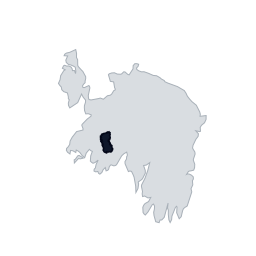 Claremorris Lea-6, Mayo, Ireland shown in context, rotated 304°
{"feature_id": "5873133B40533987579120", "entity_name": "Claremorris Lea-6", "entity_type": "district", "adm_level": 2, "iso_a3": "IRL", "parent_name": "Ireland", "parent_adm1": "Mayo", "projection": "mercator", "projection_center": [-9.004, 53.656], "detail": "fine", "context": "in_parent", "style": "filled", "palette": "ink", "viewbox_px": 256, "rotation_deg": 304, "n_neighbors": 0, "source": "geoboundaries", "source_scale": "gbopen_adm2", "svg_char_len": 6976}
<svg xmlns="http://www.w3.org/2000/svg" viewBox="0 0 256 256"><g transform="rotate(304 128 128)"><path d="M156.4,48.1L151.8,51.3L151.1,52.5L149.9,57.4L149.7,58.8L146.9,64.2L145.3,65.3L142.9,66.2L141.5,67.1L139.8,66.7L137.6,66.7L136.5,67.7L136.6,68.4L137.2,69.3L141.3,71.8L141.0,72.8L139.9,74.0L132.7,76.9L130.6,78.6L129.8,79.8L130.6,81.7L136.3,87.5L137.3,88.2L138.1,91.5L143.2,92.9L145.3,95.0L147.0,95.5L150.9,95.3L152.5,96.1L153.3,95.5L153.9,94.4L158.2,90.3L156.8,87.3L161.2,82.0L162.4,82.1L164.5,83.7L166.2,85.9L166.7,88.9L168.3,91.6L169.3,92.5L172.1,93.0L172.8,94.1L172.3,97.9L172.7,99.2L179.8,99.1L182.6,97.4L185.1,97.7L186.3,99.4L186.8,101.2L184.7,101.9L182.5,101.5L181.4,102.7L181.4,104.9L182.1,107.8L183.6,109.8L184.8,114.4L185.7,119.5L187.3,122.5L187.6,126.3L187.3,128.2L187.6,131.5L187.0,132.7L187.5,135.8L190.0,145.9L190.5,153.7L189.3,156.6L187.6,159.4L186.5,162.7L185.6,166.2L185.1,171.9L181.4,178.5L179.9,180.2L178.0,181.2L182.0,185.8L178.8,187.9L175.2,188.5L171.3,187.4L168.9,187.5L165.8,189.9L165.1,189.5L163.6,185.7L162.6,189.6L160.3,190.8L156.5,190.6L150.0,191.6L147.5,192.7L146.5,194.5L145.7,196.5L144.7,197.6L143.6,198.3L138.6,199.7L137.7,200.3L135.3,203.6L132.3,205.4L129.8,206.0L127.6,204.1L126.7,203.0L125.7,202.4L122.3,202.5L123.3,203.1L124.0,204.4L124.4,206.9L124.0,209.4L122.3,210.7L120.3,210.9L117.1,213.5L112.9,214.2L110.7,216.6L96.8,220.6L96.0,220.6L94.1,219.6L92.1,219.1L90.0,219.5L84.2,221.7L81.4,221.2L85.0,215.7L89.8,212.9L90.3,212.1L88.7,211.7L79.5,213.7L76.4,215.4L73.2,215.8L74.7,213.3L78.8,209.8L82.3,207.5L83.8,205.5L88.2,203.2L74.2,208.0L70.6,207.4L69.7,206.0L66.9,206.7L65.8,203.4L70.0,198.5L72.5,196.4L75.4,195.3L78.2,193.6L79.2,191.6L77.9,191.0L69.5,191.5L65.5,191.0L65.7,189.4L66.4,187.7L70.6,184.6L72.9,184.2L74.9,184.4L78.5,186.2L83.2,185.7L81.2,183.7L80.9,179.8L79.3,178.4L81.3,176.6L83.5,175.5L87.2,171.7L88.5,171.1L95.8,170.2L103.7,168.2L111.5,165.4L107.5,163.9L105.6,161.9L102.5,166.0L100.3,167.6L94.0,168.4L92.0,167.9L89.2,166.7L88.4,167.1L87.6,168.1L83.4,170.1L79.0,170.6L84.1,166.9L90.6,160.6L92.0,158.6L94.0,155.2L93.4,153.6L92.1,152.7L96.7,145.6L98.4,144.3L101.4,144.1L103.6,142.9L104.5,142.9L105.4,142.5L107.3,140.4L104.4,139.0L101.3,138.3L91.8,139.0L90.6,138.9L89.4,138.2L88.6,137.2L88.1,134.8L87.4,134.2L85.2,134.2L83.1,135.0L81.7,134.9L80.2,133.8L82.5,131.3L79.5,130.7L76.5,131.2L74.0,130.5L74.0,128.9L75.1,127.3L73.6,125.8L73.3,123.9L74.9,123.0L76.6,123.3L80.1,121.9L84.7,121.2L80.8,119.9L79.2,118.7L79.2,116.9L79.5,115.3L84.0,112.7L88.7,111.5L88.4,109.8L88.7,107.9L83.9,107.4L79.1,108.7L79.6,105.1L80.8,101.8L81.0,99.7L80.8,97.4L78.5,98.4L78.3,95.1L77.3,92.9L74.0,94.4L74.1,91.5L75.0,89.4L76.8,88.5L78.5,88.9L81.7,88.9L84.8,87.3L89.2,86.9L96.3,87.4L101.1,91.8L102.4,91.0L104.3,88.3L105.3,87.9L112.6,89.2L117.1,90.7L118.3,90.2L117.7,87.2L116.1,85.1L118.1,82.3L120.5,80.4L122.1,79.4L125.8,78.3L127.4,77.2L128.5,73.6L130.2,70.5L120.9,72.1L112.1,68.5L113.5,66.0L115.3,64.6L118.6,63.5L118.9,62.2L120.5,61.1L123.2,58.2L122.2,54.4L122.7,51.7L124.6,49.9L125.3,47.3L126.1,45.4L130.0,44.7L133.8,42.9L139.6,42.7L141.1,43.4L140.8,40.2L143.5,39.8L144.6,40.4L145.1,42.7L146.3,44.1L146.7,46.6L145.9,48.5L144.5,49.9L145.7,51.4L143.8,54.1L145.9,53.0L148.9,50.3L148.8,48.2L148.3,45.4L147.4,43.0L147.8,40.2L149.5,38.5L154.0,37.7L152.2,34.6L153.8,34.3L155.6,35.0L158.2,37.4L163.8,40.8L161.0,43.7L157.7,45.8L156.4,48.1ZM78.1,106.3L78.0,107.7L75.9,105.9L74.9,104.0L69.0,103.1L71.5,101.2L72.6,101.8L76.8,101.9L77.9,102.7L78.1,106.3Z" fill="#d9dde1" stroke="#a8b0b8" stroke-width="1"/><path d="M110.4,118.3L110.4,118.2L110.5,118.2L110.9,117.8L110.9,117.7L111.0,117.5L111.0,117.4L111.1,117.1L111.2,116.9L111.3,116.9L111.5,117.0L111.9,117.1L112.0,117.1L112.3,117.0L112.2,116.8L112.3,116.7L112.5,116.6L112.6,116.4L112.7,116.5L113.1,116.3L113.1,116.2L113.3,116.1L113.6,116.0L113.6,115.9L113.5,115.5L113.5,115.4L113.6,115.5L113.7,115.4L114.1,115.5L114.1,115.3L114.0,115.1L113.9,115.0L114.0,114.9L114.1,114.7L113.8,114.7L113.7,114.4L113.8,114.1L113.7,114.0L113.7,113.8L113.6,113.7L113.3,113.3L113.1,113.3L112.9,113.2L112.7,113.2L112.6,112.9L112.3,112.8L112.2,112.8L112.1,113.0L112.1,113.3L111.9,113.2L111.8,112.9L111.7,112.9L111.3,112.7L111.1,112.2L110.9,112.0L110.9,111.9L110.5,111.8L110.3,111.6L110.0,111.1L109.8,111.0L109.8,110.9L109.5,110.8L109.5,110.7L109.4,110.6L109.1,110.6L109.0,110.4L108.8,110.2L108.7,110.1L108.4,109.9L108.3,110.1L108.2,110.3L107.7,109.9L107.3,109.8L107.2,109.8L107.2,110.0L107.1,109.9L106.9,110.0L106.7,110.0L106.5,110.3L106.4,110.3L106.2,110.3L106.1,110.5L106.1,110.4L105.9,110.3L105.9,110.2L105.8,109.9L105.7,109.8L105.5,110.0L105.5,110.3L105.4,110.6L105.5,110.7L105.5,110.9L105.5,111.0L105.4,111.1L105.3,110.9L105.1,110.8L104.7,110.6L104.6,110.8L104.4,110.9L104.4,111.0L104.1,111.3L103.9,111.6L103.6,111.3L103.4,111.4L103.3,111.5L103.2,111.6L103.3,111.8L103.2,111.9L103.2,112.0L103.3,112.2L103.2,112.5L103.6,112.9L103.5,113.0L103.4,113.1L103.3,112.9L103.2,112.9L103.1,112.7L103.0,112.8L102.6,112.8L102.6,113.1L102.3,112.7L102.0,112.6L101.9,112.7L101.9,112.8L101.9,113.0L102.0,113.1L101.9,113.2L102.0,113.4L101.9,113.4L102.0,113.6L101.9,113.6L101.7,113.5L101.5,113.8L101.7,114.0L101.5,114.3L101.4,114.2L101.3,114.3L101.4,114.5L101.3,114.8L101.2,115.1L101.0,115.5L100.9,115.3L100.8,115.1L100.7,115.2L100.6,115.3L100.6,115.6L100.4,115.8L100.3,116.0L100.1,116.0L100.2,116.3L100.1,116.5L99.9,116.6L99.9,116.4L99.9,116.5L99.8,116.2L99.7,116.2L99.4,116.1L99.2,116.3L98.1,118.5L97.8,118.6L97.7,118.7L97.6,118.8L97.6,119.0L97.4,119.1L97.2,119.4L95.8,119.7L95.6,120.1L94.9,121.6L95.0,122.7L95.1,123.0L95.4,123.2L95.4,123.4L95.2,123.6L95.2,123.8L95.2,124.0L95.3,124.1L95.5,124.3L96.0,124.3L96.0,124.2L96.1,123.9L96.3,123.8L96.4,123.6L96.5,123.6L96.6,123.9L96.5,124.1L96.8,124.1L97.0,124.1L97.2,124.3L97.1,124.2L97.1,124.3L97.2,124.6L97.1,124.8L97.3,125.1L97.3,125.5L98.6,126.3L98.5,127.2L99.2,127.3L99.3,127.5L99.5,127.5L99.8,127.5L100.1,127.6L100.3,127.5L100.3,127.4L100.5,127.3L100.7,127.2L100.8,127.1L101.0,127.2L101.2,127.3L101.4,127.4L101.6,127.1L101.8,127.0L101.9,126.9L101.9,126.7L102.0,126.7L102.3,126.6L102.5,126.6L102.5,126.4L102.6,126.2L102.6,125.8L102.6,125.7L103.0,125.3L103.2,125.2L103.3,125.1L103.5,125.1L103.7,124.7L103.8,124.6L104.1,124.5L104.3,124.5L104.3,124.4L104.2,124.3L104.3,124.3L104.3,124.2L104.5,124.0L104.5,123.9L104.4,123.5L104.3,123.4L104.2,123.4L104.2,123.2L104.1,122.6L104.1,122.4L104.3,122.4L104.5,122.5L104.5,122.4L105.1,122.2L105.1,121.9L105.0,121.7L104.9,121.6L105.1,121.5L105.3,121.4L105.5,121.5L105.6,121.3L105.8,121.2L105.8,120.8L105.7,120.8L105.8,120.7L105.7,120.7L105.9,120.3L106.0,120.2L106.1,119.8L106.0,119.6L106.1,119.4L105.9,119.3L106.1,118.8L106.3,118.8L106.6,118.8L106.8,118.6L107.0,118.5L107.5,118.9L107.7,119.2L107.8,119.2L107.8,119.3L108.1,119.4L108.2,119.2L108.3,119.1L108.2,118.9L108.4,118.9L108.7,118.9L108.8,118.9L109.1,118.8L109.1,118.7L109.3,118.8L109.5,118.9L109.8,118.9L110.0,118.7L110.3,118.4L110.4,118.3Z" fill="#0f172a" stroke="#020617" stroke-width="1.5"/></g></svg>